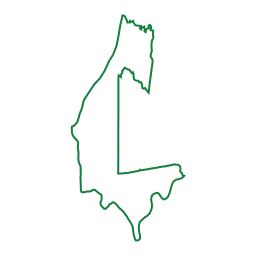 Foz do Iguaçu, Paraná, Brazil
{"feature_id": "56859067B63290422041156", "entity_name": "Foz do Iguaçu", "entity_type": "district", "adm_level": 2, "iso_a3": "BRA", "parent_name": "Brazil", "parent_adm1": "Paraná", "projection": "equal_earth", "projection_center": [-54.465, -25.455], "detail": "fine", "context": "isolated", "style": "outline", "palette": "green", "viewbox_px": 256, "rotation_deg": 0, "n_neighbors": 0, "source": "geoboundaries", "source_scale": "gbopen_adm2", "svg_char_len": 3549}
<svg xmlns="http://www.w3.org/2000/svg" viewBox="0 0 256 256"><path d="M151.1,26.4L149.8,24.9L148.5,25.8L149.0,28.1L147.6,28.5L146.1,29.5L145.6,32.1L144.5,31.3L144.7,29.2L144.2,26.7L143.2,27.4L142.1,27.1L141.1,29.5L139.9,28.4L140.8,25.9L138.0,25.7L135.3,25.2L133.4,22.4L133.2,21.0L131.9,21.9L130.1,20.9L129.8,22.5L128.5,22.4L127.4,22.5L126.9,20.5L125.5,17.8L124.9,16.3L123.6,15.5L122.5,15.4L121.1,21.7L120.5,23.9L119.0,33.0L117.8,39.5L116.5,46.0L114.8,50.3L112.9,55.0L108.8,61.5L108.4,62.7L104.6,70.9L99.9,78.3L98.1,80.3L94.4,84.2L92.2,87.4L88.7,92.7L84.7,98.8L83.5,101.2L82.9,104.3L82.4,106.1L81.9,108.3L81.4,109.6L81.0,110.9L80.3,112.2L79.8,113.6L79.3,115.0L79.0,116.4L78.5,118.3L77.9,120.4L77.3,121.7L76.7,122.9L75.6,124.1L74.3,125.5L73.1,126.1L72.0,126.5L71.8,128.1L71.9,130.3L71.9,132.4L72.6,134.9L73.5,136.6L74.5,137.8L76.0,139.3L76.9,140.3L77.7,141.5L78.2,143.1L78.1,145.0L77.8,147.3L78.1,149.9L78.4,151.6L78.5,154.0L78.4,156.6L78.3,158.6L78.5,160.5L78.9,162.2L79.4,163.7L80.0,165.0L80.6,166.3L80.7,168.0L80.6,169.5L80.7,171.6L80.7,173.1L80.8,174.8L80.6,176.5L80.4,178.2L80.6,180.1L80.6,182.1L80.8,184.1L80.8,185.8L80.8,187.9L80.9,190.5L81.5,192.0L82.7,192.2L84.0,192.2L85.3,192.0L86.8,191.5L88.6,191.5L89.9,191.4L91.2,191.0L92.1,190.3L93.4,189.8L94.9,189.9L96.2,191.0L97.6,192.1L98.8,193.2L100.1,193.9L101.4,195.0L101.7,197.8L101.4,200.1L100.9,201.3L100.4,203.1L101.0,205.2L101.9,206.4L103.7,208.4L105.2,209.0L106.3,208.1L107.5,207.1L108.7,205.8L109.5,204.2L111.4,203.6L112.5,202.3L113.6,202.4L115.0,203.3L116.0,204.1L117.0,205.3L118.4,206.9L119.3,208.2L120.3,208.8L121.6,210.0L122.7,211.2L123.8,212.2L124.5,213.2L125.4,214.7L126.9,216.4L127.8,218.2L128.7,219.6L129.4,220.7L130.5,222.4L131.4,224.0L131.9,225.2L132.5,226.4L133.0,227.9L133.0,229.3L133.1,230.6L133.4,231.9L133.6,233.6L133.8,235.3L134.2,236.6L134.7,238.0L135.1,239.3L135.7,240.3L137.1,240.6L138.8,240.0L139.9,238.7L140.0,237.3L139.9,235.1L139.3,232.5L139.1,230.8L138.8,228.0L138.8,226.7L139.0,225.2L139.3,223.4L140.1,221.7L141.4,220.3L142.8,219.2L143.9,218.2L145.3,216.9L147.0,216.1L147.8,215.1L149.2,214.0L150.0,212.5L150.8,211.0L151.6,208.7L151.9,207.3L152.0,205.4L151.9,203.9L151.6,202.5L151.3,200.9L151.2,198.8L151.4,197.3L152.3,195.1L153.7,194.0L155.2,193.4L156.6,192.8L158.0,193.0L159.0,193.9L160.2,195.6L160.9,196.7L162.0,198.2L163.2,199.1L164.5,199.4L165.5,198.8L167.1,197.9L168.2,196.2L169.0,194.4L169.8,192.5L170.4,190.6L170.7,188.8L171.4,186.5L172.1,184.3L172.8,182.6L173.7,181.5L174.9,180.5L176.3,179.6L177.9,179.3L180.7,178.6L181.9,178.0L183.3,176.9L184.2,175.8L182.8,175.4L182.0,173.2L180.8,172.4L180.1,170.8L180.5,169.5L180.2,166.6L179.5,165.7L178.0,164.8L175.6,164.6L173.4,164.4L172.1,165.0L166.2,166.0L165.2,166.5L163.8,166.4L159.5,167.1L158.2,167.3L157.2,167.7L153.9,168.1L141.3,170.3L139.9,169.7L139.1,170.8L134.8,171.6L126.4,173.2L125.3,172.9L122.4,173.5L118.2,173.5L118.3,152.5L118.3,146.5L118.3,143.4L118.3,140.3L118.3,133.8L118.3,128.5L118.4,114.5L118.4,108.1L118.4,101.5L118.4,78.1L118.7,75.3L119.9,76.0L120.9,77.0L121.1,74.4L122.3,72.8L122.1,70.8L123.2,70.2L123.8,68.7L124.9,67.7L127.6,69.4L129.3,69.7L130.7,71.5L131.8,73.1L133.0,72.3L133.6,73.9L133.4,75.6L134.0,79.0L135.0,80.1L136.7,80.7L138.5,80.8L139.3,82.3L141.1,82.2L141.8,83.9L142.4,88.1L143.7,88.7L145.1,88.0L146.0,89.5L148.6,92.7L150.0,80.9L152.2,64.9L152.5,62.5L152.6,60.6L152.2,58.9L151.4,57.8L150.6,56.8L150.9,54.0L151.8,51.1L151.5,46.6L151.6,42.8L152.2,40.0L153.4,37.5L152.9,34.3L153.1,32.6L153.1,30.6L150.6,30.2L151.1,28.4L151.1,26.4Z" fill="none" stroke="#15803d" stroke-width="2"/></svg>